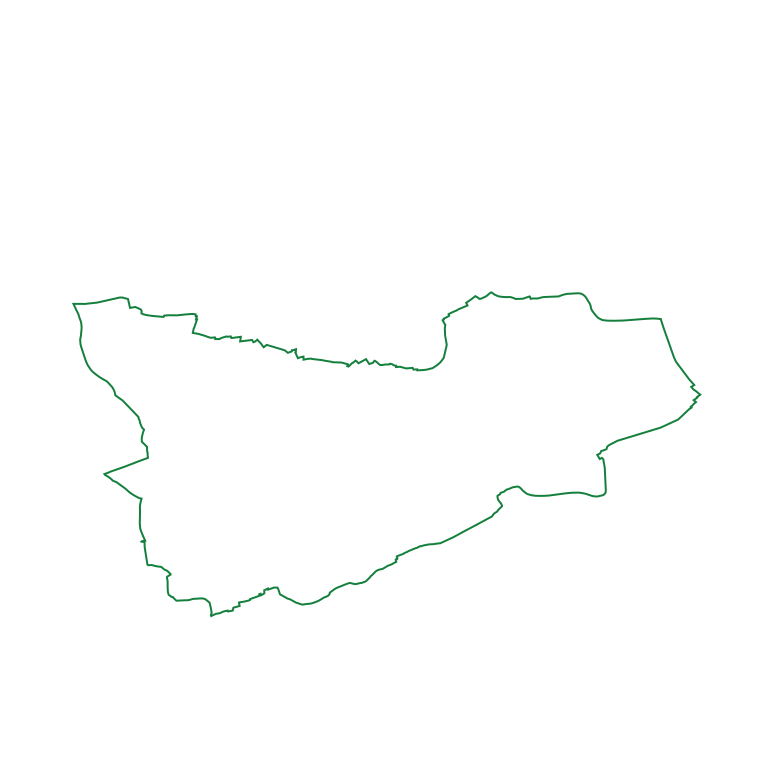 the district of Sena, Phra Nakhon Si Ayutthaya, Thailand, rotated 70°
{"feature_id": "78962969B95009717183464", "entity_name": "Sena", "entity_type": "district", "adm_level": 2, "iso_a3": "THA", "parent_name": "Thailand", "parent_adm1": "Phra Nakhon Si Ayutthaya", "projection": "equal_earth", "projection_center": [100.378, 14.308], "detail": "fine", "context": "isolated", "style": "outline", "palette": "green", "viewbox_px": 768, "rotation_deg": 70, "n_neighbors": 0, "source": "geoboundaries", "source_scale": "gbopen_adm2", "svg_char_len": 6117}
<svg xmlns="http://www.w3.org/2000/svg" viewBox="0 0 768 768"><g transform="rotate(70 384 384)"><path d="M518.0,119.7L512.1,106.1L511.4,103.2L510.5,103.7L510.3,103.6L509.7,101.6L508.7,99.9L507.7,97.0L505.1,98.5L504.0,94.4L503.4,94.5L502.2,90.5L496.7,93.7L496.2,94.3L494.8,95.1L491.8,96.3L491.1,92.8L484.1,95.6L463.3,101.9L461.1,102.2L457.8,102.4L426.8,102.1L419.0,101.8L417.7,101.6L416.0,105.0L414.3,109.1L412.2,116.1L406.4,136.8L403.5,145.5L401.0,152.1L399.0,156.2L398.4,157.1L395.8,159.6L394.4,160.5L391.6,161.7L386.9,163.2L384.5,163.6L380.8,163.1L379.4,163.1L372.2,164.5L370.4,165.1L368.7,166.0L367.5,166.9L366.0,168.7L365.1,170.6L361.9,181.2L361.4,185.0L361.4,189.6L361.3,190.4L356.9,204.2L356.5,206.8L356.3,209.7L356.1,210.6L354.4,215.2L354.2,216.9L354.1,217.1L351.8,217.0L351.5,217.2L351.4,223.7L351.2,224.9L349.1,231.3L347.8,232.5L345.7,235.2L345.2,236.4L343.7,240.6L341.7,244.9L340.3,247.0L337.5,249.8L335.4,251.1L334.6,251.9L334.5,252.4L336.4,257.6L336.7,259.3L337.0,263.8L336.6,265.3L335.2,266.0L332.7,268.1L334.3,273.2L335.8,279.0L338.8,278.7L339.3,289.0L339.7,290.4L339.9,294.5L340.4,299.4L340.6,299.5L342.2,299.4L342.3,299.5L342.8,303.2L343.0,305.5L343.9,305.7L344.1,307.1L348.2,306.5L349.3,306.1L352.2,307.7L359.3,310.0L368.0,311.5L369.3,312.0L379.1,318.4L379.9,319.0L381.6,321.5L383.0,323.8L383.7,325.6L384.3,327.1L385.7,332.8L385.2,338.3L384.7,340.7L383.8,344.1L382.5,348.1L381.6,347.8L380.5,351.4L378.7,351.5L376.9,357.9L373.3,363.0L372.2,366.9L371.0,366.3L370.1,368.0L369.7,368.5L368.4,369.3L367.1,371.2L367.0,371.6L367.4,372.1L367.4,372.4L366.2,375.8L365.5,379.2L364.8,381.2L360.7,383.5L359.6,384.2L358.9,385.0L360.3,387.1L360.2,391.0L354.5,392.4L355.8,400.8L353.5,401.9L352.3,402.7L353.4,405.6L353.3,406.4L355.5,411.3L354.6,412.4L353.5,411.2L353.1,411.2L349.3,416.6L345.8,425.2L345.3,425.5L342.0,431.5L340.5,433.8L336.2,442.4L335.1,444.2L334.4,446.7L333.6,451.3L331.5,450.5L330.7,450.3L330.2,454.5L330.3,456.1L324.1,456.5L324.0,456.0L321.2,454.8L321.1,456.1L321.5,456.5L320.8,458.9L321.8,459.5L321.8,463.7L319.2,465.2L318.1,466.1L307.1,480.9L308.3,484.3L308.3,484.6L304.1,485.7L299.0,487.9L300.0,490.4L300.1,492.4L297.5,492.9L294.8,504.6L290.7,502.4L288.7,511.4L288.4,511.8L286.9,511.7L285.9,515.3L285.4,515.9L285.1,521.3L285.5,523.2L284.1,527.2L283.0,526.8L282.4,526.9L281.4,530.9L279.4,533.6L277.4,535.9L273.5,541.2L270.6,546.2L266.6,543.7L266.2,543.1L259.4,537.6L259.0,538.6L256.4,536.6L256.1,536.7L255.8,537.7L254.1,537.2L252.9,539.5L252.3,541.2L250.6,547.3L248.8,554.7L245.7,563.0L244.6,566.9L244.6,567.3L245.5,568.0L245.5,568.4L240.6,578.8L237.8,584.0L236.1,586.4L234.7,587.8L234.3,587.7L232.7,586.8L231.6,586.8L230.4,587.4L227.8,590.0L226.6,591.3L225.6,596.6L216.6,595.5L213.5,599.9L212.8,601.4L212.1,603.9L212.1,604.7L209.4,625.7L206.5,637.5L202.5,648.4L209.7,647.8L213.5,647.3L217.3,647.5L222.1,647.5L224.5,648.0L227.8,648.9L235.0,652.3L238.5,654.4L242.9,655.6L246.2,655.9L256.8,656.2L260.4,656.3L264.7,656.0L269.8,654.8L271.8,654.1L273.6,653.2L277.0,651.1L280.0,649.1L283.8,646.1L286.1,644.0L287.8,643.0L293.9,640.5L296.4,640.0L299.4,639.8L302.8,640.3L310.2,635.2L331.1,626.0L332.2,626.3L333.2,626.4L334.4,626.1L337.3,626.5L341.0,626.4L342.6,626.1L344.8,625.1L347.5,627.3L350.5,629.3L352.3,630.3L355.4,631.3L361.9,628.2L366.3,629.6L367.8,629.6L369.5,630.3L372.7,631.1L372.7,640.6L373.0,655.7L372.8,671.7L373.0,672.3L373.0,677.5L374.2,677.1L376.8,674.9L379.7,673.0L382.2,671.8L384.7,669.0L393.7,662.9L398.4,660.4L400.9,658.7L403.6,656.6L407.5,653.1L408.8,651.0L411.7,653.1L415.2,655.1L422.1,657.5L431.5,661.2L436.5,662.5L439.6,662.6L444.8,662.4L449.8,662.0L449.8,662.4L449.1,664.0L449.0,665.2L449.2,665.8L449.4,665.6L450.3,663.6L450.6,663.2L451.0,663.2L454.9,664.5L456.5,664.9L472.4,668.0L473.1,668.0L473.6,667.6L474.7,664.1L476.6,661.5L478.0,659.2L479.5,656.2L479.9,655.7L482.9,654.1L485.1,651.9L485.8,651.4L489.7,649.5L490.1,649.7L490.8,653.2L491.1,653.9L491.3,654.1L495.4,654.8L500.0,656.5L504.8,658.0L507.4,658.4L508.5,658.4L509.1,658.1L509.9,657.3L511.3,656.5L512.0,655.4L512.3,655.0L513.4,654.8L516.6,653.2L519.3,644.6L519.9,643.0L520.4,640.7L520.6,637.0L521.2,635.0L523.2,628.3L524.7,625.9L525.6,625.2L529.8,622.7L535.7,623.4L540.3,624.3L541.8,625.6L542.9,625.7L542.5,620.4L543.2,616.8L542.9,613.0L543.0,611.6L543.4,608.5L544.2,608.5L544.4,608.4L545.2,603.7L545.0,603.4L542.9,602.3L542.7,601.9L543.2,595.6L539.7,595.0L540.2,592.0L540.6,590.3L541.2,585.2L541.1,583.7L540.3,583.4L540.4,573.5L538.9,573.2L538.9,571.6L540.4,571.6L540.2,569.5L539.7,568.0L536.9,567.1L536.5,563.3L537.4,563.7L537.6,563.5L537.7,556.7L539.0,553.7L541.6,553.5L546.0,553.7L552.7,548.0L554.0,546.1L559.3,541.5L563.4,536.2L564.1,532.7L565.3,527.9L565.5,525.2L565.4,519.8L564.1,513.2L564.1,510.9L563.9,509.1L563.5,508.2L562.6,506.8L561.5,506.3L559.8,500.4L559.4,497.8L559.1,487.2L559.2,484.2L561.9,480.1L562.4,478.8L562.6,477.6L562.8,475.1L563.3,472.8L563.3,469.1L563.1,468.2L561.1,463.8L560.0,462.0L559.0,459.4L557.4,456.2L556.9,454.4L556.8,453.4L556.8,451.8L557.3,448.7L556.1,442.3L556.1,438.7L555.4,434.5L555.4,433.4L552.9,433.0L552.8,432.5L553.1,431.7L552.9,431.3L552.1,431.0L550.6,431.1L550.4,431.0L550.3,430.7L550.2,423.9L549.8,422.4L549.7,419.5L549.4,418.2L549.1,411.6L549.2,408.3L548.7,405.7L549.2,404.6L549.2,402.3L550.1,396.6L551.5,392.0L551.8,390.1L552.9,385.5L551.7,371.2L549.7,358.2L549.4,355.7L545.4,327.8L543.7,325.5L543.3,324.5L542.6,321.4L541.3,319.6L539.5,315.4L539.2,315.0L538.6,314.7L536.4,314.9L532.9,316.1L531.3,316.4L528.2,315.8L527.8,315.4L527.3,312.6L526.1,311.6L526.3,308.4L526.1,307.7L525.4,305.8L525.2,305.0L525.3,302.2L525.1,298.7L525.7,294.9L526.2,293.3L526.8,292.4L528.9,291.1L531.9,289.9L533.2,289.1L535.1,288.0L536.7,286.6L539.0,283.4L540.9,279.8L543.3,273.5L545.1,267.7L545.8,264.6L548.8,251.0L549.9,246.7L551.0,242.9L552.5,238.6L553.9,235.7L556.1,232.1L560.6,226.4L562.2,223.3L562.8,221.4L563.4,215.9L562.5,213.7L561.5,212.7L559.7,211.9L538.2,205.2L529.6,203.7L528.0,204.5L528.3,206.9L523.5,207.8L523.3,205.1L522.7,204.1L521.3,202.9L521.4,201.4L521.4,197.3L519.2,195.6L518.4,193.5L517.2,184.0L519.6,139.1L518.0,119.7Z" fill="none" stroke="#15803d" stroke-width="2"/></g></svg>